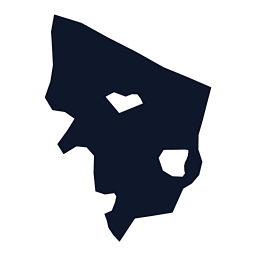 the District of Yevlakh Rayon
{"feature_id": "AZE-1688", "entity_name": "Yevlakh Rayon", "entity_type": "District", "adm_level": 1, "iso_a3": "AZE", "parent_name": "Azerbaijan", "parent_adm1": "", "projection": "orthographic", "projection_center": [47.016, 40.691], "detail": "fine", "context": "isolated", "style": "filled", "palette": "ink", "viewbox_px": 256, "rotation_deg": 0, "n_neighbors": 0, "source": "natural_earth", "source_scale": "10m", "svg_char_len": 949}
<svg xmlns="http://www.w3.org/2000/svg" viewBox="0 0 256 256"><path d="M119.4,240.6L113.8,234.5L109.1,227.4L107.6,220.6L105.3,214.3L112.4,211.1L115.8,202.4L117.1,196.1L114.5,192.3L105.0,193.7L96.1,190.8L94.3,173.0L94.8,155.5L86.9,146.6L76.3,145.6L63.8,153.2L58.2,144.2L67.8,131.0L75.6,118.5L65.2,111.3L52.8,109.4L45.6,97.4L51.1,81.6L53.7,65.1L52.8,47.8L51.8,31.7L54.7,15.4L81.2,23.6L107.3,38.0L135.4,52.3L163.2,67.9L186.8,77.6L210.4,87.8L206.0,104.5L201.8,121.0L197.8,134.8L197.6,149.6L201.6,161.9L198.5,174.6L193.5,180.5L191.4,182.9L182.7,188.1L172.0,211.9L153.8,214.9L134.5,217.8L119.4,240.6ZM182.9,177.5L185.9,173.4L185.1,170.7L184.9,165.8L185.6,162.8L187.2,159.6L188.6,155.7L189.3,150.4L187.8,149.1L184.3,148.8L177.5,149.0L163.3,149.1L157.8,157.8L162.3,171.1L172.1,177.0L182.9,177.5ZM125.6,95.8L114.0,91.4L104.3,96.5L119.0,114.0L144.0,103.8L141.2,98.1L137.8,93.6L131.8,93.4L125.6,95.8Z" fill="#0f172a" stroke="#020617" stroke-width="1.5"/></svg>